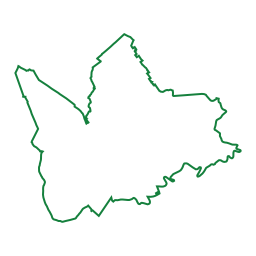 Mosquera, Cundinamarca, Colombia (orthographic projection)
{"feature_id": "7082276B63365049346428", "entity_name": "Mosquera", "entity_type": "district", "adm_level": 2, "iso_a3": "COL", "parent_name": "Colombia", "parent_adm1": "Cundinamarca", "projection": "orthographic", "projection_center": [-74.234, 4.678], "detail": "fine", "context": "isolated", "style": "outline", "palette": "green", "viewbox_px": 256, "rotation_deg": 0, "n_neighbors": 0, "source": "geoboundaries", "source_scale": "gbopen_adm2", "svg_char_len": 5667}
<svg xmlns="http://www.w3.org/2000/svg" viewBox="0 0 256 256"><path d="M18.4,66.1L17.7,68.4L16.1,71.6L15.4,73.0L23.4,95.7L23.1,96.7L23.4,96.8L24.0,96.6L24.1,96.8L25.4,96.8L25.3,97.5L27.7,101.7L27.4,102.6L30.7,110.7L31.7,113.9L35.5,122.7L36.4,125.2L37.4,127.2L38.1,128.9L31.9,141.2L31.6,142.2L32.2,142.8L32.6,144.2L33.9,145.9L34.2,146.2L36.4,147.4L36.8,147.8L37.4,148.3L38.4,149.3L39.6,150.3L40.1,151.4L40.4,151.5L41.3,151.2L41.8,151.2L42.7,151.5L41.8,152.5L41.5,153.1L41.3,153.7L41.1,154.8L41.0,158.6L40.9,159.9L39.9,163.8L39.7,165.3L39.1,166.9L39.0,167.8L39.1,171.1L39.3,171.9L41.5,176.4L41.9,176.8L42.2,177.7L44.1,180.0L44.6,181.0L44.9,181.8L44.9,182.5L44.6,183.4L44.0,185.1L43.5,185.8L43.2,187.3L43.1,189.2L43.2,190.7L43.0,194.7L43.4,197.5L44.9,202.4L45.7,204.3L46.9,206.3L48.4,209.8L49.6,211.7L51.2,214.7L51.7,215.8L52.3,217.8L53.2,219.0L53.8,219.4L56.4,220.1L58.3,220.9L58.6,221.0L60.3,221.0L61.8,221.7L62.7,221.8L65.2,221.1L70.4,219.9L75.4,218.5L75.9,218.1L76.9,216.5L78.4,214.9L79.1,213.9L79.9,213.0L80.2,212.8L82.6,209.2L83.2,208.6L85.4,207.3L86.7,206.8L87.7,206.1L88.2,205.6L91.2,209.1L91.5,209.7L91.3,210.9L91.4,211.0L92.2,210.2L92.5,210.3L98.8,215.9L111.3,197.5L111.9,200.1L112.5,201.0L113.3,201.6L114.2,200.7L115.1,200.1L117.7,200.2L120.9,199.5L122.4,199.5L127.9,200.0L129.3,200.0L131.9,199.1L133.4,198.0L133.9,197.9L134.9,198.4L136.3,199.8L137.7,202.7L138.5,203.8L139.0,204.0L139.5,204.1L140.0,204.0L141.0,203.1L141.8,202.8L143.8,203.2L147.2,204.2L147.6,204.3L148.7,204.0L149.5,203.5L149.9,202.8L149.9,201.2L149.4,200.0L147.6,196.7L150.8,196.8L153.2,196.5L155.1,195.9L157.1,194.9L159.5,193.5L159.3,192.7L156.5,194.3L156.0,193.2L158.9,191.4L157.0,186.4L159.0,186.4L161.2,186.6L163.0,186.6L164.6,186.1L165.2,185.8L165.7,185.4L166.1,184.9L166.4,184.3L166.6,183.7L166.5,183.1L166.1,182.1L164.2,178.9L163.9,178.1L164.1,177.3L164.5,177.0L165.1,176.8L165.8,176.9L166.3,177.2L172.1,181.3L172.9,181.5L174.1,180.8L174.0,180.3L173.7,179.9L171.3,179.2L170.9,179.0L170.4,178.3L170.4,177.7L170.8,176.9L173.3,174.1L179.1,171.3L180.6,170.3L181.3,169.5L182.5,167.5L183.0,166.2L183.6,164.6L184.2,163.6L184.8,163.4L186.1,163.4L186.6,163.4L187.7,163.8L192.6,167.3L195.8,169.3L197.0,169.2L197.4,169.1L197.9,168.8L199.1,167.5L199.6,167.2L200.0,167.2L200.7,167.4L200.9,167.9L200.9,168.3L199.7,171.1L197.3,175.3L197.4,176.2L197.6,176.5L198.4,176.5L199.2,176.2L199.7,175.9L202.5,173.5L203.9,171.7L204.8,170.3L206.0,168.1L206.5,167.6L209.9,165.6L210.7,164.7L211.6,164.3L212.7,164.3L213.4,164.7L214.3,164.4L214.9,164.1L215.2,163.3L215.9,162.6L218.8,160.3L219.1,160.2L220.1,160.2L221.0,160.4L222.5,161.4L223.7,161.8L224.6,161.9L226.1,161.6L226.6,161.3L227.5,159.2L227.6,156.9L227.9,156.3L228.2,156.1L228.7,156.1L229.2,156.3L229.8,157.2L230.6,157.8L231.3,158.1L231.9,158.3L232.3,158.1L232.8,157.7L233.3,156.8L233.4,155.6L233.4,153.3L233.5,152.3L233.9,151.2L234.1,151.0L234.4,150.8L235.0,150.8L238.3,151.9L239.2,152.0L240.4,151.4L240.6,151.0L240.6,150.5L240.3,150.1L236.8,148.9L236.4,148.6L236.4,147.7L237.5,145.3L237.0,144.9L236.3,144.7L232.3,144.6L228.8,143.3L226.8,142.7L225.1,142.5L223.5,142.1L222.4,141.5L221.6,140.1L221.4,139.0L219.9,136.0L220.0,133.8L219.9,133.3L219.7,133.1L215.9,130.3L215.1,130.0L214.7,129.6L214.5,128.9L214.7,128.2L215.5,125.6L216.2,121.2L216.7,120.1L217.8,119.4L219.3,118.6L220.4,117.9L221.0,117.3L222.4,115.1L224.1,113.6L225.9,112.1L226.2,111.6L226.1,111.1L225.4,110.4L223.1,109.4L222.2,108.6L221.6,107.7L220.7,104.8L220.4,103.4L220.2,103.1L218.8,102.1L218.7,101.9L218.5,100.4L218.7,98.7L216.6,98.2L216.6,98.8L213.9,100.5L212.9,100.9L211.4,100.8L210.5,100.3L209.9,99.7L206.6,95.9L205.9,94.8L204.1,94.1L201.9,93.9L183.5,95.3L173.7,96.0L173.2,95.8L172.9,95.4L173.0,92.5L172.7,90.5L171.6,90.2L171.0,89.8L170.4,89.7L168.3,90.3L167.5,90.0L166.4,90.1L165.3,90.5L163.2,91.8L162.6,91.9L160.6,91.6L159.8,91.0L159.4,90.9L155.0,84.5L154.1,85.4L153.1,84.0L152.9,84.2L151.8,82.6L151.7,82.6L151.7,82.4L151.4,82.1L151.5,82.0L151.4,82.0L151.3,81.8L151.1,82.0L149.0,78.9L150.5,78.0L148.3,75.0L147.1,73.5L148.4,72.8L148.3,72.6L149.0,72.3L147.6,70.7L147.8,70.6L146.0,67.9L145.3,67.5L142.6,64.8L142.3,64.7L141.8,64.0L141.5,63.3L140.5,62.0L142.5,60.6L141.1,59.3L138.8,55.8L136.8,57.2L135.2,55.1L136.3,54.4L136.6,54.0L134.9,51.5L135.8,50.9L135.1,50.2L136.1,49.6L135.8,49.1L136.0,49.0L134.7,47.1L133.6,47.9L133.3,47.6L132.7,48.1L132.0,47.0L131.9,47.0L131.2,45.7L133.1,41.1L133.6,40.2L132.7,39.5L130.4,37.1L127.9,36.1L124.2,34.2L115.4,42.4L113.8,43.7L110.5,46.8L105.9,50.8L102.9,53.3L102.0,53.9L101.9,54.4L101.7,54.7L97.4,58.3L97.2,58.6L100.7,61.3L100.6,61.6L92.7,67.4L92.9,67.9L92.6,69.9L91.9,71.2L91.6,72.2L91.4,75.3L91.5,76.8L90.7,77.5L90.5,78.3L91.2,79.4L91.5,80.8L92.3,82.1L94.4,86.5L94.2,86.6L94.6,87.8L93.8,87.7L93.7,87.8L93.6,88.1L93.8,88.3L94.5,88.6L94.6,88.8L94.4,89.2L93.8,89.7L92.9,91.5L91.7,92.6L91.5,93.2L91.1,94.1L90.9,94.4L90.2,94.9L89.8,96.0L88.8,96.5L88.4,97.3L88.3,98.0L89.4,98.6L89.7,99.1L90.8,102.0L90.7,102.6L89.5,103.5L89.3,103.9L88.9,104.8L88.6,106.0L88.6,106.6L88.8,107.0L89.5,107.5L90.0,108.1L90.4,110.2L90.5,111.2L90.3,111.5L89.3,111.4L88.9,111.6L88.5,112.3L87.9,113.7L87.0,115.1L86.3,115.8L86.3,116.7L86.0,117.0L86.3,117.7L86.2,118.8L86.3,118.9L87.6,121.5L88.5,122.4L88.3,122.7L86.9,123.2L86.4,123.6L86.1,123.0L85.1,120.1L86.0,119.2L84.7,119.3L84.4,118.6L83.9,116.5L82.8,113.8L82.6,113.4L82.0,113.0L80.7,111.2L79.0,109.6L77.7,108.6L74.6,106.6L74.7,105.5L74.6,104.8L74.4,104.6L66.3,98.4L59.5,93.9L58.6,93.1L51.7,88.7L47.6,85.7L38.9,80.0L35.6,74.5L33.5,70.6L32.0,70.5L30.9,70.3L29.8,69.5L29.5,69.4L28.9,69.8L28.5,70.4L28.1,70.6L27.2,70.4L26.4,70.8L25.2,69.9L20.7,67.7L20.0,67.2L19.4,66.6L18.4,66.1Z" fill="none" stroke="#15803d" stroke-width="2"/></svg>